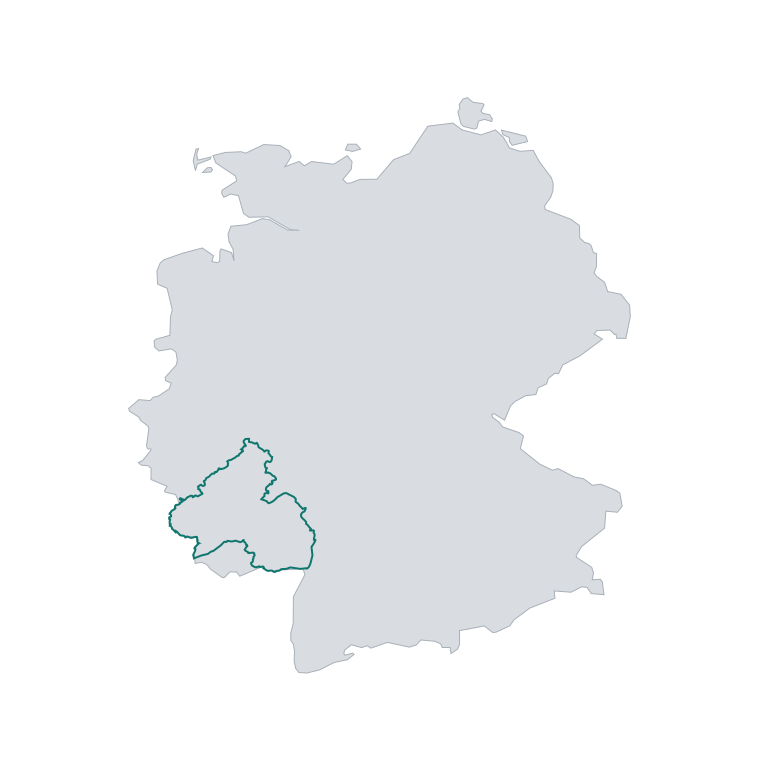 location of Rheinland-Pfalz within Germany, rotated 344°
{"feature_id": "DEU-1580", "entity_name": "Rheinland-Pfalz", "entity_type": "State", "adm_level": 1, "iso_a3": "DEU", "parent_name": "Germany", "parent_adm1": "", "projection": "robinson", "projection_center": [7.376, 49.945], "detail": "fine", "context": "in_parent", "style": "outline", "palette": "teal", "viewbox_px": 768, "rotation_deg": 344, "n_neighbors": 0, "source": "natural_earth", "source_scale": "10m", "svg_char_len": 9773}
<svg xmlns="http://www.w3.org/2000/svg" viewBox="0 0 768 768"><g transform="rotate(344 384 384)"><path d="M335.8,643.9L316.0,633.3L298.6,634.3L295.7,630.9L289.8,631.2L280.8,625.7L272.9,628.9L271.1,632.0L271.6,633.9L279.7,634.1L280.7,635.7L272.6,639.0L259.3,637.9L243.6,641.0L230.4,640.6L222.7,637.9L220.7,633.0L221.2,625.8L224.3,616.3L225.2,609.3L223.8,604.8L225.6,598.1L230.7,589.2L238.3,563.5L255.5,545.4L255.2,539.1L225.2,532.7L220.4,530.9L216.1,526.1L192.4,529.0L190.4,524.1L184.1,522.1L177.5,526.0L175.2,525.5L166.1,514.0L163.8,508.6L159.5,505.1L153.0,504.4L155.0,493.8L161.1,486.0L161.2,479.4L148.1,474.1L141.5,466.7L139.8,458.2L143.7,448.3L154.5,442.4L153.2,432.8L144.1,427.8L143.5,426.2L147.3,422.5L133.7,411.6L136.9,400.7L134.6,397.5L128.3,395.1L126.2,391.8L130.8,391.1L141.6,383.5L142.0,382.3L139.0,381.2L138.6,378.1L145.7,362.1L145.4,359.3L139.7,351.5L139.6,348.7L131.8,339.9L131.8,337.1L144.1,331.5L154.6,335.5L158.5,333.1L163.7,333.4L176.3,329.4L179.7,324.5L174.9,320.5L175.4,317.4L189.5,308.5L191.9,304.2L192.8,296.1L190.9,293.4L189.1,291.6L176.8,290.2L173.7,285.5L174.8,279.3L176.9,278.1L191.6,278.2L197.4,260.2L200.9,254.6L201.9,232.2L193.9,225.6L196.9,212.7L202.4,205.8L206.8,203.9L225.8,202.8L246.8,203.2L255.5,213.7L252.3,219.0L257.4,221.5L259.9,220.6L263.0,210.8L264.7,209.2L273.6,215.7L273.8,224.3L276.1,212.7L274.2,204.7L275.4,196.8L280.4,190.2L295.8,193.0L312.7,191.5L319.2,194.5L333.9,209.6L344.9,212.9L336.4,209.7L318.6,191.3L300.1,186.5L296.0,181.3L296.0,162.8L289.0,159.1L281.6,160.4L280.5,156.2L281.7,153.1L298.3,148.2L298.6,143.2L283.3,125.2L282.6,117.3L295.3,117.7L310.9,121.4L314.7,124.0L334.4,120.7L349.6,126.0L356.8,133.5L357.3,140.1L348.6,147.8L363.7,146.7L367.6,152.3L375.7,150.2L396.2,158.9L411.6,154.4L414.6,161.4L411.7,168.5L400.9,176.0L403.4,180.6L406.9,181.6L417.2,180.7L433.6,185.2L455.1,171.0L472.3,169.4L497.2,148.2L522.2,152.2L529.1,161.3L546.0,171.3L561.1,170.5L566.9,180.0L569.7,191.7L578.8,197.8L591.8,200.5L594.5,212.8L601.8,232.1L601.8,238.1L599.7,244.7L595.8,250.3L587.5,257.0L587.1,260.8L609.2,277.3L615.5,285.6L612.4,297.6L616.0,303.4L619.7,305.4L621.3,308.4L621.5,315.3L624.3,317.3L620.5,329.8L616.6,335.0L618.1,339.3L624.1,347.1L624.5,356.8L636.6,363.1L641.8,376.0L639.3,387.2L629.1,406.8L620.3,404.2L620.7,400.0L619.1,399.7L616.1,394.4L603.2,391.3L599.7,393.8L606.4,401.1L580.3,410.9L561.1,414.9L554.6,422.2L551.0,420.8L543.4,424.0L540.4,428.7L531.1,430.1L527.1,436.0L517.0,434.3L504.8,437.0L499.5,440.0L489.9,452.0L481.5,442.8L479.5,442.8L479.1,445.8L484.1,452.4L486.1,457.9L500.6,468.1L503.8,472.4L497.2,483.7L511.5,503.8L522.1,513.3L528.0,513.3L541.1,525.7L549.7,530.1L556.4,538.8L564.8,540.1L577.9,550.5L580.6,554.0L579.3,567.0L573.1,571.6L562.2,567.4L556.3,583.3L529.2,594.7L521.5,601.7L521.5,604.0L533.1,617.4L533.3,623.4L530.2,629.6L538.1,631.3L539.3,634.4L537.4,647.2L525.5,642.6L523.1,635.5L518.1,633.4L506.4,635.7L490.5,629.8L489.3,637.0L462.3,639.6L443.8,646.6L438.4,651.1L423.6,653.4L420.1,653.0L413.7,644.2L388.6,641.9L384.8,655.3L381.6,659.1L374.1,661.6L375.0,655.5L367.3,653.3L366.8,649.3L361.7,645.2L348.8,640.2L343.1,643.8L335.8,643.9ZM559.7,154.2L561.2,159.0L559.9,161.4L553.5,157.3L547.3,157.4L543.8,163.6L541.1,163.9L531.3,158.2L529.7,155.5L530.0,142.7L532.9,140.0L533.3,136.1L538.4,131.9L543.1,131.7L547.1,137.7L556.4,141.7L557.1,143.4L552.4,148.4L553.7,151.2L559.7,154.2ZM588.5,184.8L588.9,190.5L573.0,189.9L571.5,185.6L572.4,181.6L567.1,177.1L566.9,172.3L588.5,184.8ZM265.0,121.2L261.6,126.9L262.1,116.9L268.0,106.4L270.6,106.6L267.3,111.4L266.7,117.5L280.4,118.1L278.8,120.0L265.0,121.2ZM426.3,151.7L417.9,151.8L411.4,148.3L415.3,143.5L423.5,145.8L426.3,151.7ZM278.2,130.8L276.1,132.5L267.9,130.7L273.9,127.4L277.4,128.2L278.2,130.8Z" fill="#d9dde1" stroke="#a8b0b8" stroke-width="1"/><path d="M139.9,460.3L139.3,460.3L139.7,458.3L140.0,457.3L140.4,456.3L140.9,455.8L141.1,455.3L140.9,454.9L140.3,454.5L140.6,453.4L140.7,453.1L141.2,452.9L142.3,452.8L142.8,452.6L143.1,451.9L143.1,451.1L142.8,450.3L142.1,449.7L142.7,449.0L144.0,448.3L144.5,447.6L145.7,447.2L148.2,446.6L149.2,445.9L149.0,445.2L149.1,444.5L149.5,443.8L150.0,443.3L150.8,442.9L151.4,443.0L152.8,443.3L154.3,443.1L155.0,442.5L155.0,441.9L156.4,441.9L158.0,441.3L158.0,441.1L157.9,440.8L156.0,438.5L156.0,438.1L156.2,437.8L156.6,437.7L156.9,437.7L157.3,438.0L157.7,438.7L158.1,439.0L159.0,439.4L159.4,439.8L159.6,440.6L159.8,440.7L161.1,440.3L163.8,438.7L166.3,438.4L167.0,438.1L167.8,438.2L169.1,438.9L169.2,439.1L168.9,439.8L168.9,440.0L169.3,440.0L169.8,440.0L170.7,439.7L171.4,439.2L171.9,439.2L172.9,439.7L173.6,440.5L174.5,440.6L177.5,439.8L178.9,439.6L179.2,439.4L179.2,439.1L179.1,438.4L178.4,437.5L178.1,437.0L177.9,435.8L177.9,434.8L177.7,434.5L176.7,434.1L176.5,433.9L176.7,433.3L177.0,432.6L177.0,432.2L176.9,431.5L177.9,431.0L180.0,430.4L180.4,430.4L180.8,431.2L181.5,431.8L181.8,432.0L182.6,432.2L183.4,432.1L183.8,431.7L184.2,431.0L184.3,429.6L184.0,427.9L184.3,427.6L185.6,427.3L186.5,426.5L187.1,425.5L187.9,425.3L188.9,425.2L190.5,424.7L193.5,423.0L194.0,422.8L194.7,422.9L195.8,423.3L196.5,423.1L197.1,422.1L197.4,422.0L198.7,422.4L199.3,422.2L200.6,421.1L201.0,421.0L201.7,419.7L201.8,419.6L202.3,419.7L202.7,419.9L202.9,420.1L203.1,420.6L203.3,420.8L206.5,421.0L207.2,420.9L209.8,420.3L211.6,419.3L211.6,419.2L211.7,418.2L211.9,417.9L212.2,417.5L212.3,415.7L212.0,415.3L212.4,415.0L213.8,414.6L215.9,414.8L220.6,413.7L222.9,412.7L223.4,412.7L224.4,412.8L224.8,412.5L225.2,411.7L225.5,411.5L228.0,410.6L228.6,409.7L228.8,409.6L229.0,409.6L229.4,409.9L229.7,409.9L229.9,409.8L230.0,409.4L230.0,408.7L229.8,408.3L228.7,407.4L230.8,406.4L232.3,405.2L233.8,405.6L234.1,405.3L234.1,404.2L233.8,403.7L233.5,403.4L233.4,402.8L233.1,401.0L233.3,400.2L235.1,398.9L235.8,398.7L239.1,399.5L238.9,400.5L238.3,402.1L238.3,402.3L238.3,402.5L239.1,403.0L240.6,403.4L242.7,405.2L243.8,405.9L244.2,405.8L245.1,405.5L245.4,405.5L245.7,406.2L246.1,407.9L246.1,408.5L246.0,409.7L246.0,410.0L246.6,410.9L249.0,413.4L249.9,414.7L250.2,415.3L250.3,415.9L250.4,416.0L250.7,416.0L252.1,415.4L252.5,415.4L253.1,415.6L254.7,416.4L254.5,417.5L254.0,418.4L253.9,418.8L255.0,421.1L255.2,422.1L255.6,422.7L256.1,423.0L256.4,423.3L254.9,426.4L254.5,426.8L253.6,427.4L253.2,427.5L252.4,427.4L252.1,427.3L251.1,426.3L250.7,426.1L250.1,426.1L249.5,426.2L249.1,426.4L248.3,427.4L248.0,427.7L247.4,427.9L247.1,428.8L247.0,431.1L247.1,431.8L247.4,432.2L248.2,432.6L248.0,432.9L247.2,433.6L246.4,435.6L245.7,436.1L245.6,436.5L246.0,436.8L248.6,437.3L248.8,437.5L248.9,438.0L249.0,438.1L250.0,438.5L250.3,438.9L251.7,441.4L252.2,441.9L252.9,442.2L253.3,442.8L254.1,444.9L254.1,445.4L254.0,445.8L253.6,446.1L252.6,446.3L249.8,446.2L249.4,446.5L249.1,447.2L249.1,447.4L249.7,448.1L248.7,449.4L248.5,449.5L248.1,449.5L247.8,449.4L247.1,448.8L246.8,448.6L246.4,448.9L246.1,449.3L242.8,450.7L242.1,451.4L241.4,452.7L241.3,453.3L241.4,453.8L241.8,454.3L243.0,454.9L243.3,455.2L243.2,455.5L242.9,456.5L242.8,457.1L242.7,457.2L242.3,457.1L241.3,456.3L240.3,456.5L239.5,456.4L239.2,456.4L239.0,456.6L238.5,457.3L238.3,457.9L238.3,458.6L238.1,458.9L237.5,459.2L236.5,459.6L234.3,461.0L234.5,461.2L235.0,461.4L238.7,464.1L239.2,464.7L239.3,465.6L240.3,466.8L242.6,466.7L245.1,466.1L247.8,464.9L250.0,463.5L257.1,461.6L258.6,461.6L259.3,461.7L260.2,462.1L266.3,467.8L267.5,470.2L266.6,472.7L267.1,473.6L268.4,475.2L268.9,476.2L269.5,478.2L270.6,479.8L270.9,480.4L271.0,480.9L271.4,481.7L272.5,481.6L273.6,481.4L274.4,481.6L274.3,482.4L273.5,483.4L272.3,484.6L270.5,484.9L268.9,485.8L268.0,487.2L267.9,489.1L268.7,490.8L270.1,493.0L271.1,495.2L270.6,497.0L271.7,498.5L273.0,501.6L273.8,503.0L273.8,503.5L272.6,504.0L272.6,504.5L273.6,504.8L274.6,504.9L275.6,505.1L276.2,506.0L275.4,507.4L275.4,508.0L275.8,509.2L275.8,509.9L273.8,513.8L273.7,514.4L275.0,514.8L274.8,515.7L270.9,519.5L270.2,519.8L269.6,520.4L269.2,521.6L268.1,528.5L267.9,529.2L263.7,536.4L262.5,538.0L260.7,539.6L258.9,540.2L258.3,539.6L252.7,538.7L243.6,534.6L242.6,534.5L239.3,534.8L234.5,533.7L233.9,533.8L232.6,534.4L231.9,534.6L229.5,534.1L227.4,534.6L226.6,534.4L226.1,534.0L225.5,533.1L225.1,532.7L223.8,532.1L221.3,531.8L220.1,531.1L219.3,530.3L218.0,528.6L217.2,527.9L217.5,527.5L217.9,527.2L217.5,526.2L216.5,525.9L214.0,525.7L213.8,524.9L212.7,524.9L211.6,525.1L211.4,524.9L210.3,525.0L209.2,524.2L207.2,522.3L207.0,521.5L206.7,520.5L206.7,520.1L206.8,519.8L207.2,519.1L208.2,519.0L208.4,518.9L209.2,518.0L209.6,516.5L210.5,515.6L210.8,514.3L212.0,513.5L212.5,512.8L212.4,512.3L212.2,512.0L212.3,511.6L212.6,511.1L212.3,510.4L211.8,510.1L210.4,509.7L207.5,509.3L207.0,509.0L207.2,508.6L207.1,508.3L204.8,506.0L204.4,504.9L204.7,504.5L205.2,504.3L206.3,503.1L207.2,502.5L207.8,502.3L208.0,502.0L208.0,501.7L207.8,500.8L207.2,500.7L207.0,498.5L206.3,497.5L206.0,496.5L206.0,495.4L205.8,495.4L205.6,495.3L204.5,496.1L203.9,496.2L202.9,496.4L202.3,496.3L201.9,496.3L201.6,495.9L199.5,494.7L198.2,493.7L194.5,493.5L194.1,493.4L190.3,491.6L189.2,492.3L188.7,492.4L188.2,492.1L187.5,491.8L187.1,491.7L186.8,491.8L182.4,494.2L174.0,497.4L172.9,497.5L171.6,497.4L167.9,498.8L161.3,498.5L153.3,499.2L153.4,498.5L153.4,496.2L153.7,495.4L154.6,494.3L156.1,492.8L157.2,490.9L157.2,490.5L156.5,490.0L156.4,489.7L157.3,488.7L161.5,486.5L161.0,485.9L161.2,485.6L161.4,485.5L161.9,485.6L161.5,485.2L161.3,484.7L161.1,484.1L161.2,483.4L161.7,483.0L161.8,482.8L161.6,482.4L161.6,481.9L161.9,480.4L162.0,480.3L162.0,479.7L161.8,479.3L159.8,478.9L157.1,478.9L156.1,478.7L155.2,478.2L153.5,476.9L152.6,476.4L152.1,476.4L151.2,476.8L150.8,476.8L150.1,475.3L149.9,474.9L149.0,474.4L147.1,473.7L146.2,473.0L144.4,469.3L143.4,468.0L142.8,469.0L142.4,468.4L141.5,466.3L140.5,465.1L140.3,464.5L140.5,463.7L140.1,462.3L139.7,461.7L139.1,461.4L139.9,460.3Z" fill="none" stroke="#0f766e" stroke-width="2"/></g></svg>